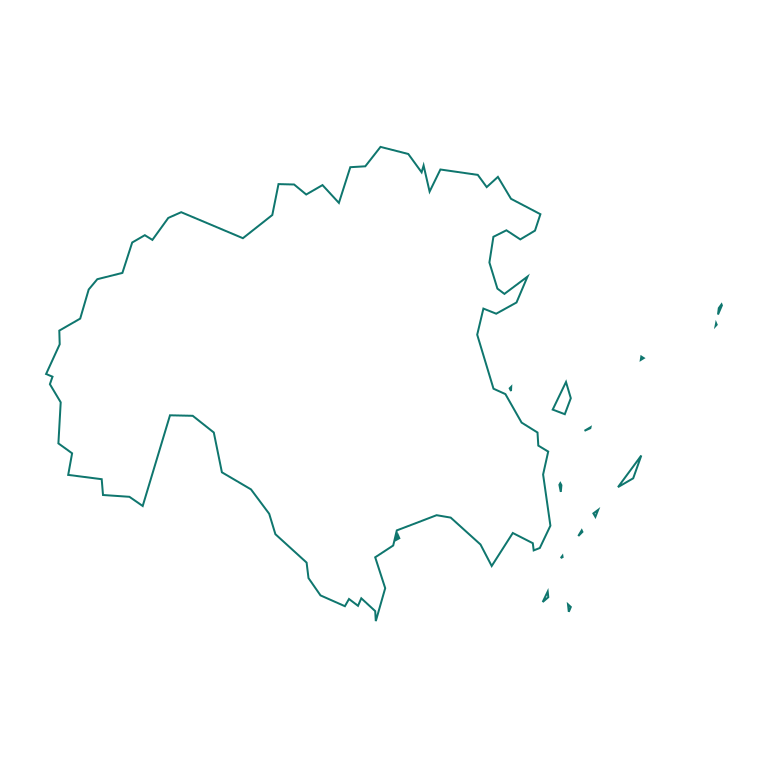 outline of Mueang Chumphon, Chumphon, Thailand
{"feature_id": "78962969B98513792826345", "entity_name": "Mueang Chumphon", "entity_type": "district", "adm_level": 2, "iso_a3": "THA", "parent_name": "Thailand", "parent_adm1": "Chumphon", "projection": "equal_earth", "projection_center": [99.148, 10.452], "detail": "medium", "context": "isolated", "style": "outline", "palette": "teal", "viewbox_px": 768, "rotation_deg": 0, "n_neighbors": 0, "source": "geoboundaries", "source_scale": "gbopen_adm2", "svg_char_len": 1929}
<svg xmlns="http://www.w3.org/2000/svg" viewBox="0 0 768 768"><path d="M103.0,495.0L129.4,496.8L142.7,506.0L170.0,415.3L192.7,415.8L213.8,432.5L221.9,472.3L251.0,489.4L269.2,513.8L275.4,534.2L306.6,562.6L308.5,578.1L320.5,595.4L344.9,606.2L349.0,599.0L358.0,605.8L361.3,598.3L375.2,611.1L375.8,621.1L385.2,588.2L375.2,557.3L393.2,545.5L396.8,530.4L436.6,515.2L450.7,517.6L480.5,544.5L491.7,566.0L512.8,533.0L532.8,543.2L533.7,550.4L539.8,548.0L550.4,525.7L543.1,474.5L548.2,451.6L538.3,445.6L537.5,432.5L521.6,422.6L505.4,394.1L493.5,388.7L477.2,334.7L483.4,308.6L496.2,313.7L516.5,302.5L527.5,276.6L504.4,293.9L497.4,288.6L489.4,262.5L493.4,236.8L506.4,230.3L520.3,239.4L535.0,230.6L540.4,214.2L511.0,198.8L497.9,176.9L486.7,187.1L477.8,174.9L440.4,169.5L429.6,191.6L423.6,165.5L421.6,172.3L408.3,154.0L380.5,146.9L365.3,166.3L350.3,167.2L338.9,202.9L322.5,185.1L306.2,194.5L294.1,184.5L278.5,184.1L272.3,215.0L242.9,238.2L181.2,212.2L168.3,217.9L152.4,239.9L144.8,235.2L132.2,242.5L122.4,272.9L97.3,279.2L88.7,289.5L80.2,318.6L59.3,330.6L59.7,344.3L46.1,374.0L52.5,376.7L49.9,384.2L60.7,402.3L58.4,443.4L72.1,453.3L68.2,474.9L101.7,479.2L103.0,495.0ZM570.8,398.2L566.0,382.0L552.7,409.6L564.8,414.2L570.8,398.2ZM633.2,478.3L641.3,455.5L618.0,487.1L633.2,478.3ZM542.7,602.0L548.3,597.2L547.7,591.6L542.7,602.0ZM598.1,509.9L593.4,513.4L595.4,516.8L598.1,509.9ZM718.0,314.5L721.9,305.4L721.5,304.4L718.8,308.1L718.0,314.5ZM640.8,359.9L643.7,358.1L641.3,356.6L640.8,359.9ZM396.2,539.9L399.3,538.2L397.8,534.8L396.2,539.9ZM578.3,536.0L582.4,531.9L581.7,530.4L578.3,536.0ZM570.8,607.0L568.0,604.4L568.8,611.8L570.8,607.0ZM560.8,491.9L561.4,485.2L560.3,483.2L559.4,484.8L560.8,491.9ZM584.5,430.8L590.3,428.2L590.5,427.3L584.5,430.8ZM509.7,388.3L511.0,391.0L511.2,386.8L509.7,388.3ZM560.8,558.0L562.6,557.1L562.4,555.9L560.8,558.0ZM715.6,325.9L716.7,324.7L716.1,323.3L715.6,325.9Z" fill="none" stroke="#0f766e" stroke-width="2"/></svg>